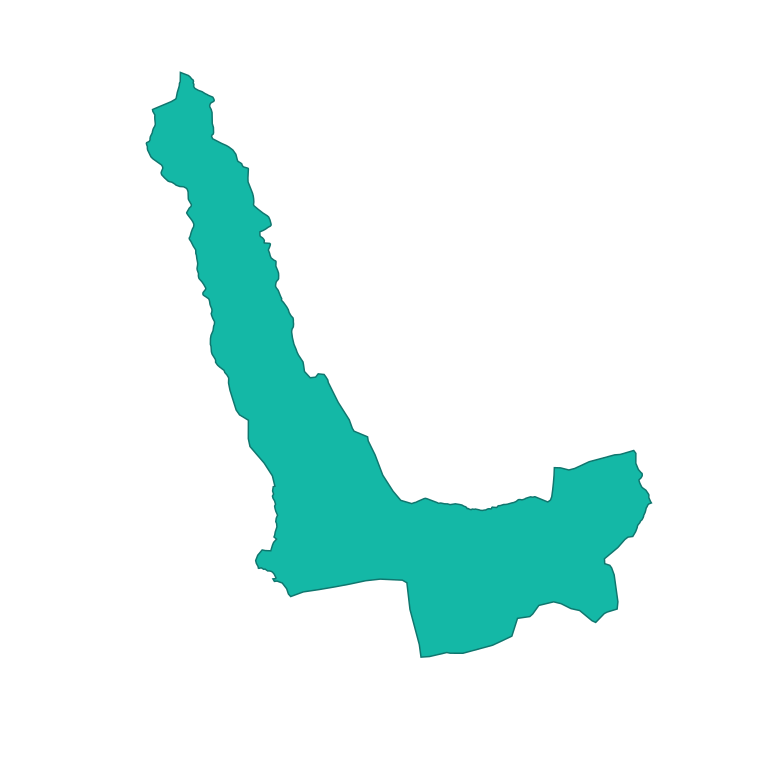 the district of Pietrosita, Dâmbovita, Romania, rotated 13°
{"feature_id": "2599482B72915231289183", "entity_name": "Pietrosita", "entity_type": "district", "adm_level": 2, "iso_a3": "ROU", "parent_name": "Romania", "parent_adm1": "Dâmbovita", "projection": "albers", "projection_center": [25.417, 45.214], "detail": "fine", "context": "isolated", "style": "filled", "palette": "teal", "viewbox_px": 768, "rotation_deg": 13, "n_neighbors": 0, "source": "geoboundaries", "source_scale": "gbopen_adm2", "svg_char_len": 6153}
<svg xmlns="http://www.w3.org/2000/svg" viewBox="0 0 768 768"><g transform="rotate(13 384 384)"><path d="M660.7,476.6L662.4,471.3L662.8,468.5L663.0,467.1L662.9,465.5L663.2,464.1L664.5,461.5L664.7,460.0L665.9,458.3L666.6,455.7L666.7,454.7L666.6,453.6L667.3,450.4L667.4,448.7L667.4,445.7L667.9,444.5L668.3,442.5L668.9,441.4L671.3,439.7L670.2,438.6L667.7,435.3L667.4,434.4L667.1,432.6L666.6,431.9L663.1,428.6L659.3,427.0L658.2,426.3L655.4,422.8L654.3,420.9L654.1,420.2L654.1,419.8L655.4,418.0L656.1,416.0L656.2,415.1L655.8,413.5L655.3,412.9L654.5,412.6L651.1,410.1L647.2,404.6L645.0,394.9L642.3,392.6L630.0,399.5L624.6,401.2L601.5,413.5L588.8,423.4L583.5,426.2L574.9,426.0L568.8,427.2L570.2,434.6L571.3,442.1L572.2,449.5L572.8,456.1L572.3,459.7L570.1,462.1L556.6,459.9L556.0,460.0L554.6,460.8L552.1,461.0L548.7,463.0L547.6,463.7L546.9,464.5L545.0,465.6L544.2,465.9L542.4,466.0L540.9,466.5L539.2,468.7L537.1,470.3L535.3,471.1L531.2,473.4L529.6,474.0L527.7,474.5L524.5,476.4L523.1,476.8L522.3,477.5L521.9,478.6L521.3,479.1L519.8,479.2L518.8,479.5L517.6,479.5L517.1,479.7L516.8,480.2L516.8,481.2L516.6,481.4L515.7,481.8L514.3,481.9L513.0,482.5L511.4,483.9L510.0,484.3L508.6,485.0L506.4,485.4L505.0,485.2L501.0,485.3L500.3,485.8L498.1,486.0L497.4,486.7L496.4,486.9L495.0,486.8L494.7,486.5L494.2,486.4L493.4,486.7L493.0,486.7L492.3,485.8L491.9,485.6L490.7,485.2L489.4,485.1L487.2,484.4L484.8,484.4L480.5,484.7L475.5,486.7L473.0,486.5L470.1,487.1L466.1,487.2L463.9,488.0L462.5,487.6L451.5,486.1L450.0,486.1L448.8,486.7L443.0,491.0L441.6,492.2L440.4,492.7L437.9,494.3L426.5,493.6L416.9,486.4L403.3,473.1L391.2,455.0L381.4,443.0L379.9,439.2L365.4,436.7L363.1,434.3L358.2,426.7L343.5,412.2L329.4,395.1L328.3,392.7L325.6,390.0L323.5,388.2L317.6,388.9L315.8,392.7L310.7,394.5L303.7,389.7L301.2,383.2L300.1,380.7L294.1,375.0L292.1,372.5L290.5,369.9L287.3,365.5L284.4,359.6L282.3,354.1L282.1,352.6L282.1,351.1L282.8,348.7L282.4,345.9L281.7,343.9L281.3,342.0L280.5,340.1L277.9,338.3L275.5,335.7L274.0,333.1L271.9,330.8L267.6,327.0L265.3,325.5L265.1,323.8L263.7,322.1L259.8,316.5L257.3,314.4L256.3,313.1L256.0,310.8L256.0,308.9L256.5,307.6L257.3,306.2L257.6,305.2L257.0,302.1L256.3,299.7L254.9,297.4L252.1,293.5L251.3,289.2L250.8,288.5L248.7,288.0L245.6,286.5L244.3,284.7L242.9,282.0L241.2,279.5L241.3,278.4L241.6,277.0L241.9,274.7L241.8,273.2L241.0,272.7L235.7,273.5L235.4,273.3L235.1,271.0L234.3,270.1L232.7,268.9L231.0,268.3L229.9,267.6L229.3,265.7L228.8,263.7L231.8,261.5L233.8,259.7L236.1,257.1L237.6,255.9L238.2,254.9L238.1,253.8L236.0,249.8L234.1,247.3L232.3,246.3L227.5,244.6L222.1,242.1L217.1,239.5L216.5,238.5L216.2,235.9L215.3,232.8L214.3,230.2L213.0,227.7L206.1,217.7L205.1,214.0L203.5,205.1L203.2,204.5L202.2,204.3L198.7,204.1L197.8,203.9L196.6,202.7L195.8,201.4L194.4,200.8L191.6,199.9L190.8,198.9L188.0,193.5L184.1,190.0L179.4,187.9L176.8,187.1L171.6,186.1L161.9,183.6L160.3,181.6L160.4,180.1L161.4,178.8L161.4,177.4L160.1,172.4L158.1,168.9L155.4,158.2L153.8,155.3L152.1,153.4L151.6,152.4L151.5,150.9L151.9,149.5L152.4,148.8L154.4,147.0L154.8,146.2L154.7,145.8L154.3,144.9L153.3,143.7L152.6,143.0L147.9,142.2L146.4,141.7L144.7,141.4L141.0,140.1L136.9,139.6L133.2,138.5L131.7,137.0L131.5,136.5L131.5,135.5L131.3,134.7L130.3,133.6L130.3,131.8L129.7,130.9L129.3,130.5L128.1,130.1L126.0,128.4L124.0,127.4L115.5,126.2L117.4,135.0L117.4,135.5L117.1,136.7L117.1,137.4L117.4,139.0L117.4,140.4L117.0,146.4L117.2,152.2L116.9,153.2L113.2,156.7L96.7,168.6L97.4,170.3L100.3,173.5L100.5,175.1L101.2,177.7L102.4,181.2L102.8,182.7L102.6,184.4L101.9,186.6L101.7,187.8L101.6,189.8L101.7,191.4L100.7,195.6L100.8,197.5L101.1,198.5L101.0,199.3L100.6,200.5L98.5,202.2L98.3,202.9L98.9,204.2L100.0,205.8L100.4,207.6L101.0,209.1L105.8,215.1L108.2,216.6L117.9,220.6L119.2,221.9L119.8,223.1L119.9,223.9L119.4,226.9L119.3,228.1L119.7,229.2L120.5,230.3L123.9,232.6L128.0,234.9L129.5,235.1L131.9,235.1L135.1,236.2L136.6,237.0L140.6,237.5L144.3,236.9L147.0,237.6L148.2,238.3L149.1,239.5L149.9,240.9L151.7,247.7L152.2,248.5L155.9,252.5L156.1,253.5L155.9,254.6L154.7,256.4L153.2,261.4L153.3,261.8L154.5,263.1L160.0,267.7L161.6,269.4L162.8,271.1L163.0,272.3L163.1,273.9L162.5,275.7L162.0,279.8L161.9,283.9L161.4,285.5L161.5,286.1L162.0,286.9L163.7,288.4L167.3,292.7L169.6,294.9L170.4,295.8L171.3,299.2L172.3,300.8L173.4,303.9L174.8,307.0L175.4,308.6L175.6,310.1L175.8,313.4L176.3,314.8L178.4,318.1L178.8,320.4L179.5,322.0L180.1,322.9L183.6,325.4L185.9,327.5L188.7,330.6L188.9,331.2L188.8,332.0L187.2,335.4L187.1,336.0L187.3,337.1L187.7,337.8L188.6,338.3L193.8,340.3L194.6,341.1L195.4,342.6L196.5,345.4L197.4,346.9L199.2,349.4L199.8,350.8L200.0,352.6L199.8,354.3L200.6,355.9L202.5,358.7L204.8,361.3L205.1,362.5L205.3,364.2L205.0,365.9L205.4,370.5L204.5,375.4L204.7,378.8L205.9,384.4L207.0,386.3L208.6,391.5L209.8,393.6L214.0,397.8L214.7,399.1L215.0,400.7L216.8,402.4L217.8,403.2L220.2,404.5L225.1,406.7L226.3,408.6L228.9,410.5L231.2,412.9L231.5,413.9L232.3,418.0L235.3,424.7L245.8,442.6L250.2,446.6L260.0,449.8L264.1,467.8L267.5,475.1L284.9,487.9L295.9,498.6L300.7,508.2L299.2,509.0L299.5,513.3L301.2,516.1L300.5,518.3L301.7,520.5L303.6,522.4L305.4,525.6L304.9,527.6L305.8,529.7L307.2,532.3L309.8,535.8L309.2,539.0L309.5,542.5L310.7,544.0L311.8,547.3L311.3,552.7L311.5,555.8L311.2,557.8L314.2,559.3L312.1,563.1L311.6,565.9L311.2,572.0L305.9,573.0L302.6,573.1L299.5,579.2L298.7,584.6L298.7,585.0L300.0,587.5L302.5,590.3L303.0,591.7L303.5,591.8L305.8,590.7L308.4,591.6L309.8,591.1L312.7,592.3L314.6,591.9L316.1,591.9L317.7,592.4L319.7,593.9L322.3,597.1L322.3,597.9L319.6,598.9L321.6,601.0L324.2,600.1L329.6,600.8L335.2,605.4L338.1,610.1L340.9,612.1L352.2,604.7L367.0,598.9L381.6,592.8L396.0,586.5L410.4,579.8L424.1,575.0L446.0,571.0L451.0,572.5L460.0,597.8L477.0,629.9L481.5,641.8L489.7,639.3L505.6,631.5L509.1,631.4L521.5,628.6L548.7,614.0L565.3,600.9L566.8,582.3L578.4,577.8L580.6,574.7L584.7,564.9L598.3,558.1L606.0,558.2L616.7,560.8L625.6,560.7L640.0,567.9L643.9,568.7L650.3,558.1L652.8,556.0L661.8,550.8L660.9,543.6L651.2,518.2L647.2,512.0L644.8,509.9L639.5,509.4L638.1,504.7L648.6,490.8L653.7,481.3L656.2,478.3L660.7,476.6Z" fill="#14b8a6" stroke="#0f766e" stroke-width="1.5"/></g></svg>